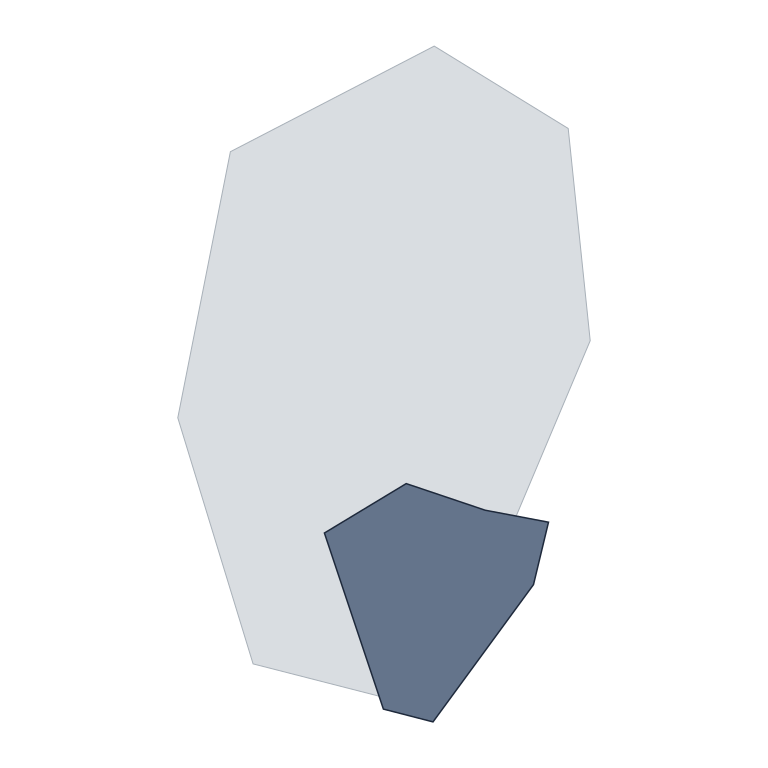 Meneng on a map of Nauru (Equal Earth projection)
{"feature_id": "NRU-4982", "entity_name": "Meneng", "entity_type": "state/province", "adm_level": 1, "iso_a3": "NRU", "parent_name": "Nauru", "parent_adm1": "", "projection": "equal_earth", "projection_center": [166.942, -0.541], "detail": "fine", "context": "in_parent", "style": "filled", "palette": "slate", "viewbox_px": 768, "rotation_deg": 0, "n_neighbors": 0, "source": "natural_earth", "source_scale": "10m", "svg_char_len": 385}
<svg xmlns="http://www.w3.org/2000/svg" viewBox="0 0 768 768"><path d="M590.2,340.7L434.2,710.3L253.1,663.9L177.8,417.8L230.4,151.7L434.2,46.1L568.2,128.5L590.2,340.7Z" fill="#d9dde1" stroke="#a8b0b8" stroke-width="1"/><path d="M548.5,522.2L533.5,584.6L433.0,721.9L383.4,709.1L324.4,533.0L406.2,483.6L485.1,510.2L548.5,522.2Z" fill="#64748b" stroke="#1e293b" stroke-width="1.5"/></svg>